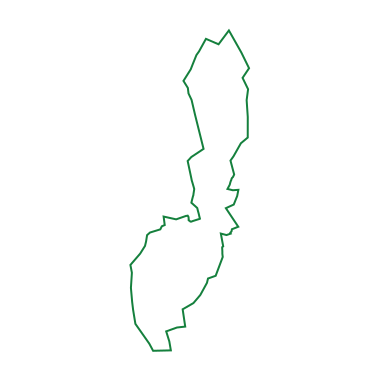 Bugat, Bayan-Ölgiy, Mongolia, rotated 54°
{"feature_id": "93677404B60998185395331", "entity_name": "Bugat", "entity_type": "district", "adm_level": 2, "iso_a3": "MNG", "parent_name": "Mongolia", "parent_adm1": "Bayan-Ölgiy", "projection": "robinson", "projection_center": [90.024, 49.009], "detail": "fine", "context": "isolated", "style": "outline", "palette": "green", "viewbox_px": 384, "rotation_deg": 54, "n_neighbors": 0, "source": "geoboundaries", "source_scale": "gbopen_adm2", "svg_char_len": 1745}
<svg xmlns="http://www.w3.org/2000/svg" viewBox="0 0 384 384"><g transform="rotate(54 192 192)"><path d="M247.3,175.0L225.0,174.1L226.7,165.6L221.8,157.8L217.5,153.2L214.6,157.9L210.4,161.5L208.3,157.2L206.8,155.4L205.8,154.0L205.4,153.2L204.7,152.4L204.2,151.5L203.9,149.9L202.6,147.6L189.2,142.4L187.5,137.4L181.3,123.8L180.7,114.9L164.1,102.8L149.8,93.8L141.8,86.2L129.4,84.0L125.4,73.1L108.2,70.1L83.0,67.2L88.1,83.7L76.3,90.7L82.4,103.7L83.8,107.9L89.3,116.7L92.0,120.9L97.1,133.6L105.4,134.2L110.2,136.9L117.2,138.2L131.2,144.1L163.9,157.3L163.3,172.0L164.4,177.3L180.1,184.3L182.5,185.4L184.8,186.2L189.5,187.9L190.2,188.2L190.6,188.3L191.3,188.8L193.3,190.8L194.4,191.9L195.4,192.8L196.0,193.7L196.5,194.3L198.4,196.6L200.3,198.8L200.7,198.7L201.1,198.7L201.6,198.5L203.2,198.2L205.4,197.7L207.9,197.2L208.1,197.2L210.5,198.2L213.2,199.2L215.8,200.3L218.3,201.3L218.3,201.5L217.5,203.8L216.7,206.2L216.5,206.8L215.9,208.6L215.7,209.5L215.4,210.3L214.9,210.7L214.5,210.8L213.9,210.9L213.4,211.1L213.1,211.3L212.8,211.3L212.6,211.2L212.3,210.8L210.8,209.9L210.5,209.7L210.1,209.5L209.2,209.4L208.6,209.4L208.4,210.0L207.9,210.7L204.8,220.9L195.2,229.4L202.7,233.5L202.0,236.6L203.6,239.6L200.1,249.8L200.5,253.7L205.0,258.2L208.0,261.7L211.4,270.2L214.8,284.7L222.0,288.1L233.7,297.8L245.7,305.0L252.7,308.9L265.4,315.3L289.6,315.7L297.6,316.8L307.7,302.2L299.6,298.2L289.6,294.8L292.8,283.8L296.9,276.6L281.4,268.5L282.7,256.1L280.2,245.8L274.3,233.3L271.4,229.9L273.7,222.1L262.6,205.3L259.9,203.8L258.1,202.5L256.9,201.7L255.0,200.5L254.4,200.0L254.3,198.7L242.6,193.1L247.1,189.4L248.4,185.2L247.6,185.2L247.4,184.7L247.4,184.2L247.2,183.7L247.1,183.2L245.6,181.6L247.3,175.0Z" fill="none" stroke="#15803d" stroke-width="2"/></g></svg>